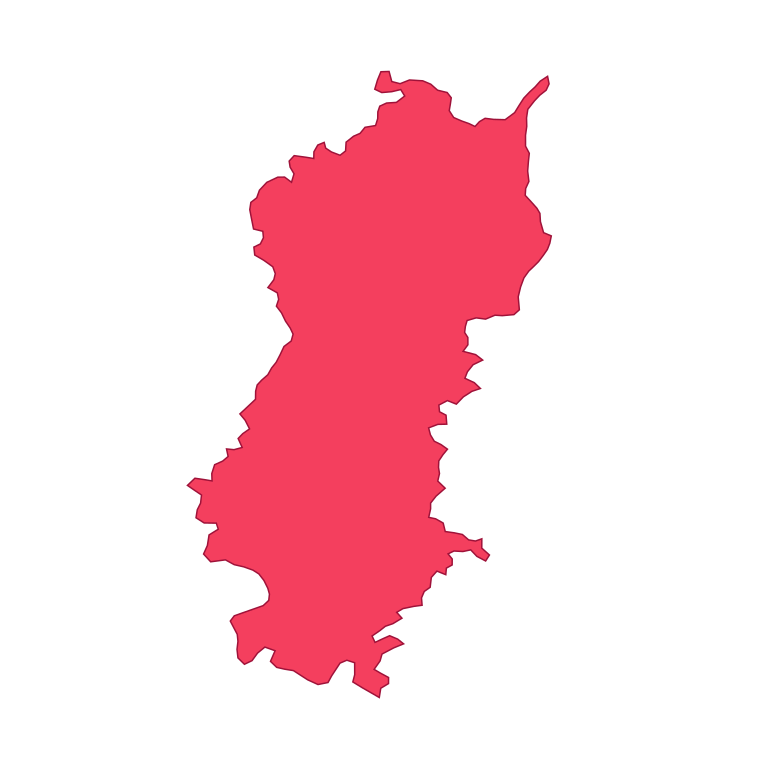 the district of Douradoquara, Minas Gerais, Brazil, rotated 261°
{"feature_id": "56859067B52593850963568", "entity_name": "Douradoquara", "entity_type": "district", "adm_level": 2, "iso_a3": "BRA", "parent_name": "Brazil", "parent_adm1": "Minas Gerais", "projection": "natural_earth1", "projection_center": [-47.608, -18.443], "detail": "fine", "context": "isolated", "style": "filled", "palette": "rose", "viewbox_px": 768, "rotation_deg": 261, "n_neighbors": 0, "source": "geoboundaries", "source_scale": "gbopen_adm2", "svg_char_len": 3522}
<svg xmlns="http://www.w3.org/2000/svg" viewBox="0 0 768 768"><g transform="rotate(261 384 384)"><path d="M262.3,187.6L252.1,184.3L244.3,179.2L235.5,185.0L235.1,199.9L229.0,207.8L225.3,217.0L220.7,225.4L216.0,230.7L208.7,234.7L200.4,237.3L194.4,238.0L188.3,236.3L184.0,230.0L178.5,199.9L173.9,195.1L159.7,199.9L152.7,199.5L144.9,197.3L136.3,196.9L129.0,202.3L131.4,210.4L138.0,217.0L142.8,225.2L137.6,234.7L127.8,228.5L120.9,233.7L117.9,241.2L115.1,249.7L103.8,262.3L97.5,271.8L97.9,282.0L104.0,286.7L115.2,296.9L117.0,304.1L113.3,311.4L101.5,309.6L94.6,306.6L87.1,315.4L75.1,330.3L84.0,333.2L87.4,341.6L93.4,342.6L98.9,335.4L103.7,329.6L111.1,336.8L117.6,339.8L119.8,346.3L121.9,352.5L124.3,362.7L129.9,357.6L134.5,350.2L132.7,343.4L130.2,334.7L137.0,332.8L141.2,341.6L144.5,347.4L145.9,355.3L149.9,365.1L156.5,360.8L159.2,367.6L159.7,378.7L159.5,387.0L166.9,387.6L172.8,391.3L176.0,397.8L185.6,400.5L190.9,407.0L186.0,415.2L192.4,416.8L194.6,423.0L200.5,424.0L206.2,420.7L208.1,427.0L206.2,435.7L206.6,443.7L199.2,448.8L193.3,456.7L198.6,461.4L206.6,454.9L215.8,456.4L214.6,449.8L216.8,443.2L223.1,437.9L226.0,430.2L228.7,421.4L237.4,420.7L242.8,413.9L245.3,407.3L253.4,410.5L259.1,411.4L265.1,417.9L271.5,428.1L279.7,421.9L286.9,424.8L293.1,424.8L299.5,426.1L305.0,431.2L309.7,436.5L315.2,430.9L319.6,424.7L326.5,421.9L333.7,421.2L335.7,430.9L334.5,439.7L343.5,440.4L347.9,434.5L354.6,434.9L357.7,444.0L352.8,452.3L358.9,460.4L363.0,469.7L364.5,478.5L371.2,473.4L377.0,464.8L383.0,468.3L389.1,475.0L392.2,485.2L398.6,479.2L403.9,467.2L409.6,473.0L416.8,474.1L422.3,471.7L428.2,473.4L433.7,476.0L434.9,485.4L432.2,494.5L434.6,504.4L433.0,511.5L432.2,523.2L436.1,529.3L449.1,530.2L458.5,534.1L466.9,538.8L472.8,544.6L476.8,550.4L480.8,555.9L486.2,561.5L491.3,566.4L497.1,569.8L504.1,572.4L508.5,565.3L519.9,563.9L528.1,564.7L533.7,562.5L541.0,557.8L548.2,553.0L554.9,554.5L561.4,558.8L571.8,559.2L581.4,561.5L589.1,563.6L596.8,561.0L607.6,562.7L616.1,565.3L624.5,566.4L632.8,569.0L640.2,577.0L644.9,583.1L648.8,590.1L654.6,594.0L662.3,593.7L658.7,585.7L653.7,579.6L649.7,573.6L644.5,566.8L638.0,561.0L631.6,555.5L626.1,545.0L628.2,533.7L630.6,525.4L628.2,519.3L624.1,514.2L627.9,508.7L631.6,501.9L636.3,494.5L643.8,491.2L650.3,493.4L656.2,495.2L662.0,492.0L665.8,482.9L672.8,477.1L677.4,469.7L680.3,456.7L678.1,446.9L681.5,439.0L691.9,437.9L692.9,429.8L685.2,425.1L676.6,421.0L672.2,427.4L671.5,437.4L672.2,446.6L665.2,449.5L660.2,440.3L661.1,430.5L659.1,423.3L653.8,420.5L647.1,419.3L640.6,416.1L640.5,405.4L635.3,399.6L633.5,392.7L628.8,384.4L620.2,382.5L616.8,376.4L621.4,368.4L626.1,363.3L632.0,362.7L630.4,356.0L624.3,351.1L617.7,349.9L620.2,342.3L623.6,331.0L619.0,325.2L612.8,325.2L605.7,328.0L597.7,324.2L603.9,318.2L604.9,311.4L601.5,299.8L594.9,291.3L587.8,287.4L584.2,280.9L577.2,278.7L567.9,279.0L557.5,279.4L553.8,288.2L547.3,287.8L541.7,283.8L539.6,276.9L531.6,276.5L525.1,284.5L517.2,292.5L510.0,293.9L504.2,291.5L497.4,284.4L490.7,292.9L484.1,293.2L477.7,289.9L470.3,293.9L461.4,296.6L454.0,300.1L447.5,302.0L441.0,299.1L436.7,291.1L429.2,286.0L422.3,280.9L417.4,275.5L411.3,270.7L406.9,263.7L402.9,258.6L397.0,256.1L389.0,254.7L382.6,245.3L377.0,237.0L369.9,241.2L360.7,244.2L357.1,236.8L353.0,231.4L343.5,234.0L342.6,225.6L344.5,218.3L336.8,218.7L333.1,212.6L330.8,204.1L322.5,199.9L315.2,199.0L317.6,191.8L320.5,182.5L314.6,174.0L308.4,180.5L302.9,186.4L295.0,184.2L289.0,179.9L281.3,177.4L274.9,184.6L272.8,196.6L266.5,197.6L262.3,187.6Z" fill="#f43f5e" stroke="#9f1239" stroke-width="1.5"/></g></svg>